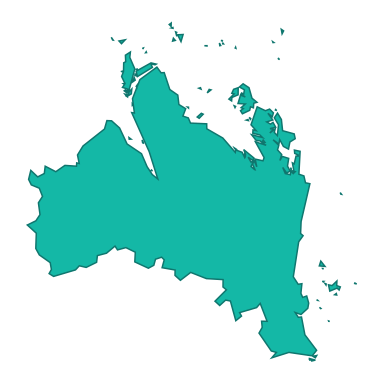 the district of Livingstone, Queensland, Australia
{"feature_id": "25037944B91391383703186", "entity_name": "Livingstone", "entity_type": "district", "adm_level": 2, "iso_a3": "AUS", "parent_name": "Australia", "parent_adm1": "Queensland", "projection": "albers", "projection_center": [150.606, -22.725], "detail": "fine", "context": "isolated", "style": "filled", "palette": "teal", "viewbox_px": 384, "rotation_deg": 0, "n_neighbors": 0, "source": "geoboundaries", "source_scale": "gbopen_adm2", "svg_char_len": 5993}
<svg xmlns="http://www.w3.org/2000/svg" viewBox="0 0 384 384"><path d="M86.2,267.4L96.6,262.3L97.4,255.6L106.5,253.2L115.0,246.1L117.5,249.9L125.9,247.6L135.3,252.2L134.8,261.9L148.4,268.2L153.8,265.3L155.5,259.2L161.6,257.2L164.2,259.8L162.1,267.7L175.1,270.0L175.0,275.4L180.4,280.3L190.7,272.4L206.4,278.6L223.1,279.6L223.0,287.0L226.4,289.8L215.0,301.2L219.7,305.5L225.6,300.1L230.4,301.0L235.8,320.7L241.5,316.1L239.6,312.6L256.6,307.6L260.2,303.4L267.1,321.3L261.6,321.2L262.2,327.4L259.0,333.1L271.3,351.0L276.4,352.4L271.8,357.8L288.9,352.4L312.2,355.8L316.6,350.3L304.9,334.8L301.5,317.0L298.3,317.3L295.2,312.5L301.0,314.5L307.8,308.3L308.7,303.1L306.7,296.0L302.7,297.4L300.9,293.3L301.9,283.7L298.2,284.3L293.3,276.8L298.7,241.8L303.1,235.7L300.6,233.5L301.1,221.6L309.9,183.7L305.5,182.8L303.9,175.9L298.9,174.2L300.1,151.3L294.4,150.1L294.7,153.4L298.2,155.0L298.2,156.1L296.0,156.1L294.2,163.9L292.4,162.9L293.8,170.6L291.2,171.1L293.3,173.1L294.0,171.4L295.2,171.7L293.2,173.6L290.8,171.0L290.3,174.7L285.3,173.6L282.7,167.4L286.7,173.0L290.1,171.0L287.5,166.1L288.7,158.4L282.3,156.4L279.9,160.5L281.7,154.5L277.5,149.9L278.8,145.4L273.1,139.8L278.9,144.1L279.7,139.6L283.4,146.4L288.5,149.1L289.9,142.0L295.2,138.7L294.2,133.9L282.6,130.7L281.4,119.5L277.5,113.1L274.3,117.8L278.5,124.8L277.4,135.6L274.3,132.4L275.2,128.9L269.8,133.0L273.5,129.3L270.0,128.6L275.7,127.2L273.0,122.4L270.5,124.1L266.7,121.9L272.8,120.0L267.9,113.3L272.3,116.7L273.4,112.9L269.6,109.1L265.4,110.7L257.2,106.8L251.0,124.8L256.1,130.6L253.0,129.9L252.8,133.2L259.8,134.9L262.6,137.6L251.6,134.7L256.1,140.4L260.1,140.9L262.1,142.2L263.2,140.1L264.9,142.3L262.1,142.5L266.1,145.3L255.4,141.8L264.1,157.6L263.0,160.8L255.2,159.1L256.8,166.8L254.4,161.1L252.5,164.0L255.0,169.7L254.6,169.6L251.0,166.5L253.8,160.5L251.1,162.2L248.1,157.2L252.6,160.3L253.9,158.0L243.7,149.6L245.6,154.3L245.2,157.2L244.8,157.8L242.1,152.3L235.7,149.9L235.3,152.4L222.8,138.0L206.8,128.8L206.7,123.8L190.5,123.1L188.3,117.9L182.9,116.1L185.7,108.7L178.9,104.5L177.8,95.1L169.8,89.5L164.2,72.6L161.1,72.8L156.9,67.1L139.9,79.6L132.5,98.7L134.4,113.0L131.7,112.6L149.2,151.7L157.8,179.0L152.3,174.6L147.1,166.7L141.5,153.7L127.1,144.0L119.6,128.0L111.6,120.8L106.9,120.6L104.5,129.0L83.0,146.0L77.5,155.0L79.2,163.5L76.7,162.9L76.5,166.2L64.9,165.4L55.8,171.7L45.2,166.2L44.3,173.5L37.7,176.9L30.8,170.4L28.6,179.4L31.3,184.9L39.3,188.2L42.5,196.4L38.4,202.8L40.0,214.6L35.9,220.8L27.3,225.0L36.3,233.2L35.8,248.5L39.3,254.9L50.2,262.6L51.4,269.5L49.1,273.6L53.6,276.4L75.5,269.9L79.3,265.8L86.2,267.4ZM121.6,76.5L125.0,83.6L122.5,87.4L129.2,89.6L134.8,68.9L129.8,57.4L130.4,52.0L125.4,55.2L125.7,61.7L123.7,62.8L123.5,71.6L121.6,76.5ZM240.5,95.2L238.0,103.5L245.2,104.0L241.1,107.7L243.3,108.6L240.5,110.7L242.4,113.8L249.7,110.3L250.5,106.8L253.4,107.8L253.8,103.2L257.0,102.3L252.0,98.2L249.0,87.7L243.1,83.8L239.4,87.0L244.4,89.8L243.7,94.0L241.6,93.0L241.0,94.0L245.3,97.0L240.5,95.2ZM151.0,62.9L136.1,71.2L137.4,76.6L152.4,67.4L150.9,63.8L155.0,64.8L156.2,64.1L151.0,62.9ZM329.8,291.1L337.1,288.1L339.1,290.0L340.3,286.9L336.7,285.6L336.9,281.0L332.1,285.6L328.5,284.8L329.8,291.1ZM228.9,99.1L231.6,100.9L231.9,97.5L238.1,94.8L238.2,87.7L233.6,89.3L231.8,93.3L234.1,93.9L228.9,99.1ZM181.0,41.6L183.1,34.5L177.6,34.8L181.0,41.6ZM319.3,265.9L325.0,266.4L320.8,261.1L319.3,265.9ZM131.8,89.0L128.7,92.5L128.8,95.4L131.3,93.9L131.8,89.0ZM119.0,41.0L121.5,43.7L125.2,39.8L119.0,41.0ZM124.2,90.8L127.7,93.5L125.3,89.9L124.2,90.8ZM311.7,361.0L315.4,360.1L310.2,358.7L311.7,361.0ZM209.2,89.4L207.2,92.9L211.0,89.9L209.2,89.4ZM132.7,81.9L135.2,80.1L134.2,77.5L132.7,81.9ZM281.3,29.3L282.1,33.8L283.6,30.9L281.3,29.3ZM312.9,356.3L315.3,357.8L316.7,355.5L312.9,356.3ZM197.2,117.0L199.2,118.3L203.2,114.2L201.3,113.3L197.2,117.0ZM173.4,38.2L172.6,41.1L175.3,40.4L173.4,38.2ZM124.9,94.1L126.4,96.0L128.2,94.9L124.9,94.1ZM169.2,24.5L171.1,26.4L171.2,23.0L169.2,24.5ZM129.2,139.2L131.0,139.1L129.0,137.6L129.2,139.2ZM175.6,31.9L176.8,36.4L175.9,32.6L177.3,32.6L175.6,31.9ZM219.4,43.0L219.8,45.7L220.7,45.5L219.4,43.0ZM142.1,139.9L142.6,142.7L143.7,143.6L142.1,139.9ZM356.7,284.0L354.9,283.0L354.7,283.5L356.7,284.0ZM111.3,37.3L112.6,40.0L113.2,40.1L111.3,37.3ZM126.9,90.4L128.4,91.8L129.2,90.3L126.9,90.4ZM244.2,155.4L245.3,155.7L244.7,153.6L244.2,155.4ZM308.9,358.4L309.8,360.1L310.1,360.0L308.9,358.4ZM201.0,89.1L200.5,87.7L198.9,88.2L201.0,89.1ZM249.3,117.3L250.3,119.4L250.8,118.8L249.3,117.3ZM278.5,59.0L279.5,59.6L278.2,57.9L278.5,59.0ZM334.7,294.7L336.7,295.0L336.3,293.5L334.7,294.7ZM135.0,73.5L135.0,75.3L135.9,75.7L135.0,73.5ZM204.4,45.7L207.0,46.0L207.0,45.7L204.4,45.7ZM235.0,107.6L235.6,106.4L234.2,105.8L235.0,107.6ZM151.2,170.4L152.5,171.0L151.5,170.0L151.2,170.4ZM326.0,285.0L326.2,284.0L325.0,283.5L326.0,285.0ZM275.4,110.0L276.7,110.6L275.7,109.5L275.4,110.0ZM136.2,86.4L136.8,87.3L136.9,85.4L136.2,86.4ZM136.4,69.3L137.3,69.7L137.1,69.0L136.4,69.3ZM187.5,107.1L188.5,108.0L188.5,107.2L187.5,107.1ZM273.8,42.5L272.7,41.7L273.0,42.6L273.8,42.5ZM132.3,104.2L132.3,105.5L132.9,105.2L132.3,104.2ZM171.5,28.0L173.0,28.3L172.9,27.5L171.5,28.0ZM235.2,48.0L235.9,48.3L235.6,47.2L235.2,48.0ZM319.5,307.3L320.6,308.6L320.9,308.5L319.5,307.3ZM123.4,83.7L124.4,84.4L124.7,83.6L123.4,83.7ZM222.1,40.5L221.0,40.5L222.8,41.3L222.1,40.5ZM222.5,42.6L222.8,43.9L223.5,43.9L222.5,42.6ZM328.7,321.3L329.7,321.4L328.6,321.0L328.7,321.3ZM340.2,192.6L340.9,194.2L341.5,194.3L340.2,192.6ZM248.4,120.6L248.0,119.5L246.4,120.1L248.4,120.6ZM126.6,96.3L127.5,96.9L127.5,96.1L126.6,96.3ZM145.6,52.7L146.5,52.6L146.2,51.8L145.6,52.7ZM122.0,71.7L123.0,71.0L121.7,71.4L122.0,71.7ZM323.2,281.8L323.7,281.4L322.3,281.3L323.2,281.8ZM291.3,169.1L290.6,167.6L291.1,169.7L291.3,169.1ZM322.6,268.5L323.0,269.2L322.8,268.9L323.6,268.5L322.6,268.5ZM317.8,300.4L317.4,300.0L316.6,300.2L317.8,300.4ZM142.3,48.4L143.2,48.5L143.4,48.0L142.3,48.4ZM234.3,147.9L234.7,148.7L235.5,148.7L234.3,147.9Z" fill="#14b8a6" stroke="#0f766e" stroke-width="1.5"/></svg>